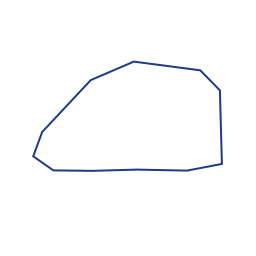 map outline of Şəki (orthographic projection), rotated 253°
{"feature_id": "AZE-5564", "entity_name": "Şəki", "entity_type": "Municipality", "adm_level": 1, "iso_a3": "AZE", "parent_name": "Azerbaijan", "parent_adm1": "", "projection": "orthographic", "projection_center": [47.182, 41.199], "detail": "fine", "context": "isolated", "style": "outline", "palette": "blue", "viewbox_px": 256, "rotation_deg": 253, "n_neighbors": 0, "source": "natural_earth", "source_scale": "10m", "svg_char_len": 301}
<svg xmlns="http://www.w3.org/2000/svg" viewBox="0 0 256 256"><g transform="rotate(253 128 128)"><path d="M128.6,29.1L149.3,44.8L184.7,106.4L189.8,152.9L162.0,214.0L137.1,226.9L66.2,207.3L70.0,172.0L85.6,124.4L97.5,81.2L109.3,44.2L128.6,29.1Z" fill="none" stroke="#1e3a8a" stroke-width="2"/></g></svg>